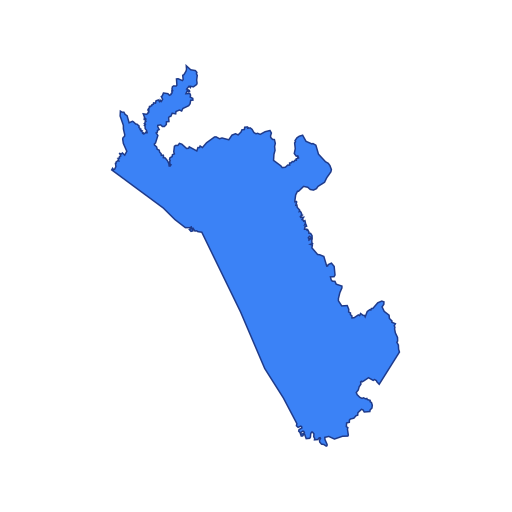 the district of Tibú, Norte de Santander, Colombia, rotated 165°
{"feature_id": "7082276B23933062741111", "entity_name": "Tibú", "entity_type": "district", "adm_level": 2, "iso_a3": "COL", "parent_name": "Colombia", "parent_adm1": "Norte de Santander", "projection": "natural_earth1", "projection_center": [-72.788, 8.696], "detail": "fine", "context": "isolated", "style": "filled", "palette": "blue", "viewbox_px": 512, "rotation_deg": 165, "n_neighbors": 0, "source": "geoboundaries", "source_scale": "gbopen_adm2", "svg_char_len": 6096}
<svg xmlns="http://www.w3.org/2000/svg" viewBox="0 0 512 512"><g transform="rotate(165 256 256)"><path d="M161.2,324.2L162.2,326.8L164.5,329.1L169.3,338.2L169.5,347.5L171.9,349.9L173.0,349.8L178.0,353.8L179.7,360.6L183.2,360.5L185.8,359.6L188.4,357.4L188.3,356.1L189.4,355.3L190.3,349.5L192.5,345.1L191.3,342.0L189.8,341.9L190.1,340.3L189.5,340.4L189.5,339.7L192.1,339.4L192.3,338.1L193.3,338.5L195.2,337.3L196.5,337.9L197.9,336.9L199.5,337.1L199.9,335.1L201.9,335.6L204.7,334.1L207.8,334.6L208.7,336.7L214.3,343.8L212.4,349.5L210.3,353.1L209.7,357.0L208.2,359.8L208.1,363.7L209.8,364.3L211.1,366.7L210.9,368.2L209.3,370.8L210.0,373.6L215.0,373.7L220.5,372.4L222.7,374.1L224.4,374.1L226.1,375.8L227.0,379.3L228.4,381.2L230.8,381.5L230.4,382.2L230.9,382.9L233.6,383.3L234.5,381.2L237.0,381.5L238.3,379.7L241.9,377.6L244.2,379.4L247.9,379.0L252.2,375.3L258.3,378.8L260.9,378.7L263.7,381.4L265.3,381.7L274.4,378.2L279.7,374.6L281.5,376.7L282.5,375.4L284.0,375.8L286.0,372.8L292.2,378.7L293.2,377.5L295.2,377.8L298.7,383.2L300.8,384.6L302.9,383.0L305.0,383.6L306.4,383.1L308.5,377.9L308.4,375.8L310.5,375.5L311.3,373.7L313.6,373.2L314.6,371.5L314.2,370.3L315.5,368.9L315.0,368.1L315.5,367.0L314.5,366.1L315.7,365.1L316.6,365.4L316.3,367.7L316.8,370.7L318.3,374.2L320.1,375.0L319.4,376.4L319.6,377.5L321.4,377.7L321.2,379.5L322.2,381.1L322.1,383.2L323.8,384.7L323.8,387.2L325.3,389.3L325.2,390.5L323.8,391.2L319.6,397.8L320.6,400.7L319.2,401.2L318.7,402.8L316.8,403.2L317.5,406.4L317.1,407.6L314.2,407.4L312.9,405.3L311.0,404.8L308.6,406.2L307.8,408.8L305.3,408.4L304.6,412.2L303.5,413.1L302.2,412.9L300.0,415.6L296.8,414.1L295.9,416.3L292.1,416.8L290.3,415.3L288.5,417.4L282.1,418.6L280.3,420.1L278.8,423.3L276.6,422.9L276.3,424.6L278.4,426.6L277.6,428.4L277.9,430.1L281.7,430.9L279.8,433.3L278.6,432.0L277.6,432.1L277.5,433.1L279.8,435.2L276.8,437.3L275.8,435.8L275.4,436.9L272.7,435.6L269.0,437.0L268.2,438.2L267.8,441.3L266.0,445.7L266.4,447.3L265.6,448.7L266.6,450.8L270.9,452.8L274.1,457.8L274.8,454.3L275.8,452.6L278.7,449.8L280.0,449.5L280.7,445.3L281.7,444.5L285.4,447.4L287.0,447.6L288.2,441.5L289.3,440.8L291.5,441.6L292.9,441.1L294.0,439.0L293.7,437.3L294.6,437.3L294.8,435.3L295.9,434.9L296.2,434.0L298.0,433.6L299.1,435.6L303.2,437.4L305.1,434.9L306.2,434.5L305.6,431.6L307.4,429.8L308.1,431.1L308.3,430.1L309.2,429.9L309.9,432.0L312.4,431.8L313.5,429.7L315.3,430.4L315.9,429.2L317.6,428.9L317.9,428.1L320.0,428.0L319.8,427.6L321.4,426.3L321.7,425.2L322.2,425.6L322.7,425.0L322.0,424.4L322.3,422.8L323.0,422.8L323.5,421.8L325.1,421.2L328.1,422.5L327.8,419.0L328.9,416.2L327.5,417.8L326.9,416.8L327.7,415.5L327.5,414.5L328.5,414.2L328.8,413.1L329.6,412.7L328.8,411.7L330.0,411.0L329.5,410.2L330.1,407.7L329.2,405.7L329.3,402.6L330.0,404.3L331.9,403.1L333.0,403.0L333.7,403.8L333.1,404.3L334.6,406.5L334.0,406.7L334.7,407.1L334.5,408.3L335.2,408.3L335.1,409.4L335.8,410.4L335.3,411.8L336.8,414.1L338.0,414.6L339.8,417.5L340.5,418.1L344.1,417.5L344.2,424.8L345.8,426.7L346.4,429.1L348.2,429.6L349.5,431.0L351.0,426.4L350.3,416.5L351.2,413.1L351.4,407.2L352.0,405.6L353.7,404.8L354.5,403.5L355.0,399.1L353.7,390.6L356.7,387.4L358.4,390.1L359.6,389.4L361.7,390.7L361.0,389.9L360.8,387.6L362.3,387.1L362.5,386.0L363.9,386.0L363.5,385.4L364.2,384.6L364.0,383.4L364.9,383.8L366.9,382.9L367.1,381.9L367.8,381.8L368.2,378.6L370.1,376.4L371.2,376.2L371.8,377.8L373.1,376.5L333.1,326.3L324.9,312.2L316.9,301.7L312.7,300.5L311.0,300.8L311.2,299.2L313.5,298.8L312.4,296.6L310.5,296.6L310.5,298.9L309.7,299.2L308.5,295.9L306.8,295.7L305.9,294.6L302.2,293.0L285.4,206.0L276.7,145.1L266.3,111.8L259.9,83.5L260.9,81.6L259.7,79.6L256.8,80.1L256.1,79.4L256.2,78.0L259.3,77.2L260.1,75.8L259.0,73.8L256.0,74.7L255.3,74.3L255.0,72.9L256.3,72.0L259.1,72.6L258.9,70.4L257.5,70.1L256.2,71.3L255.2,71.2L254.8,66.6L251.4,66.0L250.3,67.0L249.1,70.3L247.8,71.5L247.0,71.3L246.1,69.2L247.0,66.4L246.5,64.7L247.1,63.3L243.8,62.7L242.0,64.0L241.1,63.9L240.9,63.1L242.4,61.5L242.6,59.8L241.4,57.3L239.3,56.4L237.4,54.2L236.5,54.4L236.1,55.6L236.9,60.9L236.5,63.0L232.4,62.9L227.6,58.9L219.1,59.5L213.9,58.3L213.2,59.1L212.5,65.1L211.7,66.4L212.9,67.8L211.7,71.3L208.9,71.2L208.2,73.4L207.0,74.1L203.5,74.0L200.6,75.9L199.0,75.9L198.1,78.3L193.8,80.6L192.5,79.7L191.8,77.3L186.3,76.3L185.6,77.8L183.4,79.1L182.3,81.7L182.4,84.6L183.5,85.8L183.1,87.0L185.6,88.5L185.8,89.7L187.2,89.7L188.9,91.2L190.4,91.0L192.3,92.6L194.2,95.9L194.5,98.2L191.9,100.1L190.2,103.0L187.8,105.1L187.6,107.2L186.6,107.7L186.1,107.0L184.1,107.5L178.8,109.3L175.0,105.5L173.5,106.0L171.9,104.4L171.9,103.4L170.2,100.2L142.3,126.1L142.4,129.0L141.5,133.1L142.3,136.2L141.2,137.2L140.4,140.7L141.3,145.7L141.0,149.8L140.3,151.1L140.5,152.9L138.9,154.5L141.9,156.8L141.5,158.1L143.3,161.1L142.8,164.4L146.5,169.3L147.4,174.2L145.0,176.3L144.3,178.6L146.2,179.9L150.5,179.3L156.7,175.1L158.2,175.4L159.1,174.1L160.0,174.7L162.9,173.6L166.3,169.0L166.6,170.5L167.9,170.9L169.9,173.4L171.3,171.6L172.4,172.6L177.1,171.0L179.3,171.3L178.9,173.4L180.0,175.0L179.5,176.5L181.0,178.0L180.2,180.4L180.7,184.5L186.1,185.6L188.0,191.4L187.4,193.6L184.5,198.9L181.3,202.9L180.8,204.7L185.8,208.0L186.3,211.1L188.8,211.9L189.6,213.6L189.5,216.6L186.0,215.8L184.6,217.2L183.2,225.7L185.0,229.6L188.5,229.0L189.4,227.8L190.3,227.9L190.6,238.0L194.1,240.7L196.1,241.5L199.9,249.4L198.7,252.0L200.5,253.2L198.2,253.4L198.6,254.4L197.8,257.8L199.8,259.0L200.0,257.9L200.7,257.7L200.4,259.4L200.8,260.0L199.3,261.2L197.2,258.6L196.6,261.2L197.4,263.7L199.1,264.5L198.7,265.6L199.3,268.1L200.0,267.7L200.5,268.9L202.2,269.3L201.2,271.5L199.4,271.7L199.6,273.6L200.9,273.5L199.7,275.0L199.6,277.5L201.0,277.2L201.3,278.9L202.1,279.3L200.0,281.1L202.9,281.7L203.0,282.6L200.8,283.5L201.5,284.0L201.0,284.6L201.2,286.6L201.9,287.9L202.7,287.8L202.0,289.1L203.6,292.3L203.3,294.6L204.4,294.7L202.7,297.7L203.0,298.3L204.4,298.2L204.4,298.7L201.9,304.7L199.2,307.8L198.2,307.5L192.0,310.9L188.2,309.0L186.4,306.2L183.4,304.8L180.2,305.4L178.1,307.2L170.7,309.5L167.4,313.3L161.9,317.9L160.8,320.0L161.2,324.2Z" fill="#3b82f6" stroke="#1e3a8a" stroke-width="1.5"/></g></svg>